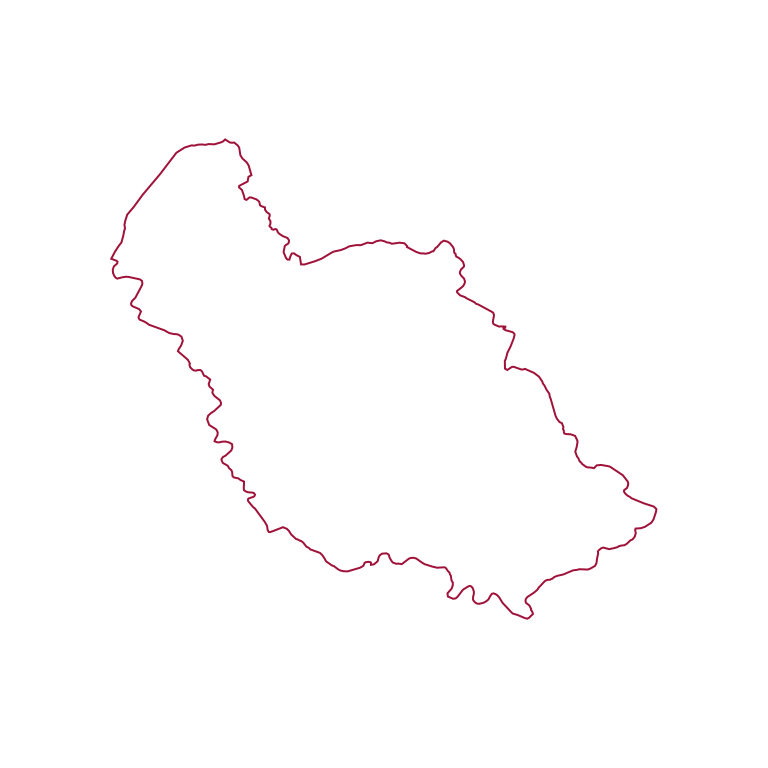 the district of Hermenegildo Galeana, Puebla, Mexico, rotated 106°
{"feature_id": "50627088B54036543797475", "entity_name": "Hermenegildo Galeana", "entity_type": "district", "adm_level": 2, "iso_a3": "MEX", "parent_name": "Mexico", "parent_adm1": "Puebla", "projection": "natural_earth1", "projection_center": [-97.731, 20.119], "detail": "fine", "context": "isolated", "style": "outline", "palette": "rose", "viewbox_px": 768, "rotation_deg": 106, "n_neighbors": 0, "source": "geoboundaries", "source_scale": "gbopen_adm2", "svg_char_len": 6157}
<svg xmlns="http://www.w3.org/2000/svg" viewBox="0 0 768 768"><g transform="rotate(106 384 384)"><path d="M339.3,674.9L339.9,673.9L341.7,673.7L345.5,676.1L349.0,676.2L352.1,675.0L354.6,672.9L355.8,671.2L356.2,669.4L353.3,664.5L352.0,661.5L351.5,659.1L350.7,647.6L351.6,645.1L353.8,644.0L356.0,643.9L369.6,646.8L373.7,649.1L376.5,649.3L377.8,648.6L378.6,647.0L379.5,640.1L381.3,637.6L387.4,638.4L388.5,637.8L389.5,636.6L390.0,632.1L390.7,629.2L391.8,626.2L392.9,609.9L394.2,604.6L393.9,599.3L393.4,598.0L393.2,595.2L394.1,592.3L394.5,591.6L397.9,589.3L402.7,589.6L407.4,591.0L409.3,591.1L414.8,579.2L417.7,576.3L419.1,576.3L421.3,575.0L422.9,572.1L423.3,570.6L423.1,568.7L421.9,566.7L421.2,564.4L421.6,563.2L422.6,561.9L425.6,559.4L425.7,557.1L427.6,552.3L432.4,552.5L434.6,551.0L436.6,546.8L439.6,546.6L440.8,545.5L442.3,543.6L444.9,537.2L447.2,535.4L449.0,535.1L456.6,539.7L459.8,542.4L462.9,544.3L466.7,544.3L471.6,540.7L473.7,533.4L474.5,532.1L476.4,530.5L479.1,530.0L483.9,531.1L485.8,531.1L486.0,528.2L485.5,526.2L484.1,523.8L483.0,520.5L482.9,516.6L483.8,513.4L487.0,512.2L490.0,512.5L496.6,516.6L498.6,518.7L501.0,519.5L501.9,519.2L504.3,517.2L505.6,511.8L507.7,509.6L508.8,507.1L510.5,505.7L514.2,504.3L514.6,503.8L515.2,502.4L514.9,497.9L515.8,495.6L516.4,491.6L522.8,490.1L524.7,489.2L525.4,487.2L525.5,484.5L524.7,480.8L524.7,479.0L525.8,477.6L527.0,477.5L528.2,478.1L531.3,482.5L532.1,482.9L533.0,482.9L534.1,482.2L538.5,475.7L539.2,473.8L549.4,460.6L552.6,457.3L556.4,455.6L557.3,454.7L558.0,453.9L557.9,453.0L557.0,451.5L549.5,441.6L550.0,437.4L551.4,434.9L554.2,431.8L557.2,425.9L557.3,423.5L557.8,421.6L557.7,420.4L558.8,417.8L561.8,413.7L562.2,411.2L563.3,409.2L564.0,399.0L565.4,396.3L568.4,392.7L570.4,390.9L572.7,384.3L573.0,381.6L574.8,377.0L575.3,374.4L575.2,371.7L574.2,367.4L567.3,356.5L564.5,353.7L561.6,353.4L560.4,352.6L559.3,350.1L559.0,348.7L559.3,347.3L561.4,346.7L560.1,343.9L556.2,341.3L551.6,341.3L549.8,340.8L547.7,339.2L546.1,335.0L546.4,333.4L546.8,332.4L549.6,330.6L552.6,327.3L553.3,325.8L553.4,322.4L552.7,320.9L552.3,317.3L544.9,311.8L543.8,310.2L542.9,307.7L542.9,304.8L545.0,298.9L546.0,295.3L546.2,287.6L546.0,282.4L543.6,275.6L543.6,274.3L544.1,273.5L546.2,271.0L547.4,268.9L548.7,268.2L549.9,266.9L554.3,264.9L555.9,263.1L558.6,262.4L562.1,262.6L567.7,265.3L570.7,264.0L571.4,258.3L570.3,256.0L568.4,254.7L560.0,251.4L555.5,247.4L554.4,245.7L554.6,244.2L555.8,242.4L558.6,240.5L560.7,239.8L563.9,239.7L566.7,239.0L567.7,238.1L569.1,235.7L569.4,234.0L569.0,231.7L566.7,227.8L564.4,225.6L562.2,224.2L558.8,223.5L556.0,222.5L555.1,221.1L555.2,218.9L555.9,216.8L557.3,214.5L561.7,209.7L568.7,198.0L569.2,196.6L569.2,192.0L570.2,184.0L570.1,181.6L568.7,180.1L563.9,177.4L561.7,179.0L560.8,180.3L559.6,180.6L556.8,183.3L555.2,187.2L553.6,188.2L551.7,188.4L549.4,187.6L543.2,182.3L540.3,180.4L539.1,179.7L537.4,179.3L529.2,175.1L527.5,173.4L526.3,170.4L524.5,168.4L522.6,167.1L520.6,164.5L517.7,159.2L511.1,151.0L509.1,146.5L508.2,145.2L506.2,137.0L504.4,134.6L500.7,131.0L497.6,130.4L493.1,131.1L488.0,131.4L486.1,132.2L484.7,131.8L482.3,130.1L481.4,129.2L480.8,128.1L480.7,122.0L478.2,117.4L476.4,114.5L475.2,113.5L473.8,111.2L472.7,108.4L470.6,106.5L466.3,104.0L465.0,102.3L461.7,100.9L458.3,100.8L454.9,102.4L453.6,102.3L451.8,97.3L449.2,93.6L443.5,88.7L439.8,87.6L432.7,87.3L429.9,87.5L429.0,87.8L428.1,89.6L427.4,91.1L427.1,101.2L425.6,114.7L424.7,116.6L424.3,118.9L422.7,122.1L421.4,123.6L419.8,123.9L417.0,121.8L414.3,121.5L412.2,121.8L410.6,122.8L405.9,129.2L401.2,143.9L401.2,146.0L402.0,153.2L403.6,157.1L407.0,158.9L407.4,162.7L408.0,165.2L407.9,167.1L406.3,171.4L405.1,173.0L404.4,174.6L401.8,176.7L400.5,178.5L396.3,181.5L391.7,181.4L387.1,181.9L385.3,182.4L383.2,184.2L381.2,186.0L380.9,190.7L381.9,195.1L381.9,196.9L381.0,197.7L379.1,198.4L378.0,199.5L375.9,199.7L372.6,202.2L372.2,204.8L369.8,208.1L367.5,210.2L352.6,219.5L350.5,221.1L347.7,222.5L344.8,226.1L341.2,229.4L339.7,231.4L337.8,232.7L334.2,237.1L332.0,242.8L330.6,252.7L331.6,254.1L332.2,255.8L331.7,264.2L332.4,265.8L336.5,269.3L335.9,271.9L328.6,274.2L325.6,273.8L320.1,274.0L313.2,272.7L304.6,271.9L300.8,272.0L299.8,272.6L298.7,274.6L298.8,281.7L298.2,284.2L297.3,284.6L296.4,283.0L295.4,283.2L296.4,287.6L297.1,289.2L296.5,294.1L296.0,295.5L294.4,296.5L287.5,297.2L285.5,298.6L285.0,299.8L281.6,315.2L281.5,317.7L280.5,319.5L278.8,328.6L278.2,329.9L277.8,335.3L275.8,338.9L274.6,339.5L269.0,335.5L267.4,334.7L264.6,334.2L263.2,334.4L260.7,336.0L258.4,339.9L256.9,341.4L255.5,341.9L252.9,341.6L249.0,339.5L247.7,339.8L244.8,341.8L242.9,345.0L242.1,347.1L241.6,349.6L240.6,350.5L239.4,350.9L238.2,352.8L235.2,353.9L233.6,355.1L230.7,359.1L229.7,361.9L229.7,366.0L232.2,368.2L237.7,370.7L239.1,371.9L242.8,373.1L243.0,373.9L245.5,376.6L247.3,379.9L247.7,382.6L248.4,384.8L248.2,389.2L246.0,399.7L245.1,399.7L243.1,403.1L243.9,408.1L247.0,415.0L246.7,418.0L247.1,420.2L246.7,422.7L246.8,426.8L249.0,430.9L251.8,433.9L252.7,438.9L256.9,444.5L258.1,448.9L261.2,455.3L264.3,458.6L267.2,462.5L270.5,468.7L272.4,470.8L280.7,478.5L285.1,484.3L291.1,493.5L291.9,496.7L285.0,499.9L284.3,503.6L283.2,506.6L284.0,508.6L287.1,509.2L290.5,509.2L291.0,511.0L290.0,512.8L284.9,516.9L278.8,517.4L277.2,516.5L276.2,515.3L274.6,514.5L272.1,514.9L270.3,517.0L269.7,522.1L268.3,526.5L266.9,528.4L265.7,529.1L265.0,530.0L265.0,531.2L266.2,532.9L266.1,534.6L264.8,535.4L264.4,536.7L263.6,537.7L261.4,537.3L258.7,538.1L256.7,540.3L253.9,540.2L252.2,540.9L251.0,544.3L249.2,546.4L247.1,547.1L246.9,550.5L246.4,552.4L243.6,553.9L242.7,555.0L241.7,557.5L241.3,563.0L241.7,564.7L244.9,566.9L244.7,568.9L241.5,570.6L236.6,574.1L235.0,577.5L233.4,577.8L226.9,570.9L222.2,571.4L219.8,569.0L211.3,574.3L208.9,576.9L206.2,582.3L203.7,585.1L196.8,588.3L195.0,590.3L193.2,594.6L194.0,596.6L194.3,598.8L192.7,604.1L194.9,605.4L196.4,606.9L200.4,613.2L201.7,618.7L203.3,621.5L204.0,625.3L205.3,629.0L207.0,631.7L207.7,634.8L211.7,640.9L218.9,647.3L244.2,657.2L268.5,668.1L282.6,673.3L292.0,677.5L298.1,677.7L302.4,677.4L306.0,675.8L308.5,676.0L313.0,675.5L320.3,675.4L324.8,677.2L331.5,679.2L338.8,680.7L339.3,674.9Z" fill="none" stroke="#9f1239" stroke-width="2"/></g></svg>